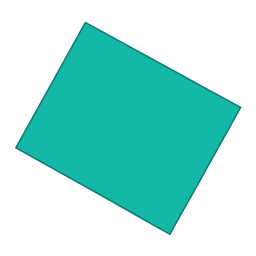 Portage, Ohio, United States of America, rotated 299°
{"feature_id": "52423323B44702428912558", "entity_name": "Portage", "entity_type": "district", "adm_level": 2, "iso_a3": "USA", "parent_name": "United States of America", "parent_adm1": "Ohio", "projection": "albers", "projection_center": [-81.208, 41.168], "detail": "fine", "context": "isolated", "style": "filled", "palette": "teal", "viewbox_px": 256, "rotation_deg": 299, "n_neighbors": 0, "source": "geoboundaries", "source_scale": "gbopen_adm2", "svg_char_len": 408}
<svg xmlns="http://www.w3.org/2000/svg" viewBox="0 0 256 256"><g transform="rotate(299 128 128)"><path d="M56.3,39.5L56.2,74.6L56.0,143.9L55.8,161.2L55.6,178.0L55.5,190.6L55.4,198.1L55.4,216.2L68.6,216.1L125.9,216.5L128.7,216.4L133.1,216.4L169.2,216.5L200.6,216.5L200.3,180.0L200.2,144.6L200.0,111.8L200.0,111.0L199.8,77.0L199.6,39.6L56.3,39.5Z" fill="#14b8a6" stroke="#0f766e" stroke-width="1.5"/></g></svg>